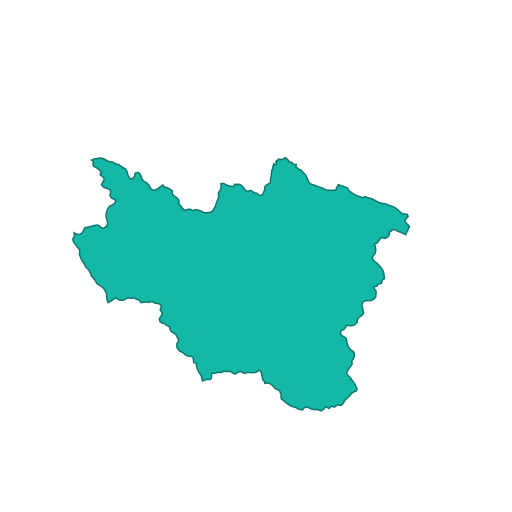 Hulu Terengganu, Terengganu, Malaysia, rotated 326°
{"feature_id": "92858781B28434348300239", "entity_name": "Hulu Terengganu", "entity_type": "district", "adm_level": 2, "iso_a3": "MYS", "parent_name": "Malaysia", "parent_adm1": "Terengganu", "projection": "natural_earth1", "projection_center": [102.769, 5.077], "detail": "fine", "context": "isolated", "style": "filled", "palette": "teal", "viewbox_px": 512, "rotation_deg": 326, "n_neighbors": 0, "source": "geoboundaries", "source_scale": "gbopen_adm2", "svg_char_len": 5388}
<svg xmlns="http://www.w3.org/2000/svg" viewBox="0 0 512 512"><g transform="rotate(326 256 256)"><path d="M109.2,162.5L109.2,167.3L108.8,169.3L109.0,171.3L109.6,173.9L109.2,176.9L108.4,181.0L109.0,184.2L109.0,187.4L108.6,189.6L110.3,193.8L111.5,196.7L111.5,200.1L111.1,203.5L109.6,206.0L108.1,208.9L107.3,211.9L110.9,212.3L114.5,212.1L116.6,212.8L118.3,216.5L121.1,218.5L123.4,218.7L126.2,219.0L128.5,220.9L131.0,222.4L134.6,227.5L134.6,230.4L139.1,232.6L141.0,234.4L143.7,235.3L144.8,236.3L146.1,239.0L148.8,241.2L149.9,243.7L148.4,245.6L146.5,247.1L146.5,250.3L145.2,252.0L143.1,253.0L140.8,253.9L139.7,256.9L140.6,259.1L142.5,261.0L143.1,263.7L144.8,265.9L143.7,268.4L143.5,271.3L145.7,276.4L145.0,281.6L144.0,283.5L141.6,284.3L139.3,287.5L139.5,292.1L141.4,295.3L142.3,298.9L144.0,301.4L146.3,303.1L147.1,305.1L144.8,309.5L146.5,311.4L146.9,311.7L145.6,313.2L144.8,314.8L144.0,317.8L143.7,321.2L143.7,323.0L143.6,325.3L142.3,327.5L141.8,329.7L146.3,330.9L147.9,332.0L149.2,332.8L151.0,332.0L153.2,328.9L154.3,328.8L155.9,330.0L157.8,330.9L159.7,331.1L160.9,332.5L162.8,333.3L164.9,333.5L166.2,334.7L168.4,336.1L170.4,337.8L171.1,339.4L172.2,341.8L173.9,342.4L176.8,342.5L178.6,343.0L179.6,344.7L180.6,346.6L182.1,347.4L183.8,347.7L187.4,350.4L189.4,351.8L190.9,352.4L192.9,352.4L194.6,352.2L195.2,354.4L195.2,356.3L194.2,357.7L193.3,360.7L192.4,362.0L192.5,363.5L192.8,365.1L192.1,366.5L193.6,367.3L195.1,368.1L196.3,369.8L197.1,372.0L197.4,373.4L197.8,376.8L199.0,378.6L200.0,380.0L200.1,381.4L199.7,382.9L199.5,385.0L197.8,386.9L197.1,388.7L197.3,389.3L198.6,393.4L199.9,397.3L201.4,400.5L204.2,403.7L205.6,406.6L208.2,409.6L211.6,408.8L213.9,409.6L216.2,413.7L218.8,416.2L221.1,417.6L223.4,420.8L226.8,420.8L229.2,419.8L231.5,423.3L234.3,422.5L236.6,425.2L239.4,425.0L240.6,425.2L242.7,427.4L246.3,426.9L248.0,425.7L250.8,425.0L255.9,424.2L258.4,423.3L262.3,423.5L263.7,424.0L265.1,423.0L265.4,422.8L266.3,417.6L266.3,414.7L266.1,410.3L265.6,406.4L265.4,403.9L267.3,402.5L271.6,400.8L275.4,399.3L276.5,396.8L279.2,395.6L281.5,394.1L283.5,390.5L282.0,386.6L281.8,382.9L282.6,379.2L283.7,377.3L284.7,374.8L283.7,371.9L282.4,369.9L282.8,367.0L285.4,365.3L287.5,366.2L291.1,364.8L293.0,364.5L296.0,367.2L299.1,368.2L302.5,367.7L305.1,365.0L307.2,364.3L310.0,364.5L313.3,363.6L314.8,359.6L316.7,355.5L319.1,353.8L322.5,354.7L326.3,357.2L329.9,357.7L332.6,356.7L335.8,352.5L335.8,349.4L335.8,347.4L339.8,348.6L340.7,347.6L344.7,348.6L347.5,346.4L349.8,346.7L351.9,342.5L353.0,339.6L353.2,335.9L352.3,329.8L351.1,326.4L351.1,322.4L353.8,321.2L356.6,320.2L358.7,318.0L360.4,314.4L360.8,312.2L364.0,312.9L368.7,311.2L370.2,310.7L372.9,313.6L375.9,313.9L378.0,313.1L380.1,310.9L382.9,310.7L384.8,310.9L386.3,312.4L387.5,314.9L389.2,317.3L392.0,322.0L399.8,317.3L399.0,313.1L399.2,309.7L401.5,309.0L404.3,308.2L404.6,306.5L404.7,306.0L402.4,304.1L400.5,301.9L399.4,297.0L397.7,292.3L394.7,288.7L393.0,285.7L389.0,281.8L387.5,279.9L384.1,273.3L381.2,270.1L379.5,267.6L377.4,267.6L372.9,261.8L371.2,258.3L369.7,254.4L369.7,250.5L364.2,242.9L361.0,244.6L358.9,246.1L355.1,243.7L353.0,241.9L351.1,240.7L349.4,237.3L347.0,234.4L344.7,230.9L342.6,228.2L341.5,226.8L341.1,224.1L341.7,221.2L342.2,218.5L342.4,216.0L342.0,214.3L341.6,211.5L341.3,209.8L340.5,208.6L339.9,207.7L339.5,206.2L338.8,204.5L339.7,203.8L340.6,202.6L339.0,201.6L338.0,200.8L338.2,199.4L338.1,198.7L338.0,198.2L336.6,197.4L336.2,196.6L336.3,194.9L336.1,193.7L335.8,192.3L335.6,191.1L334.5,190.7L333.9,191.0L332.2,190.9L330.4,189.8L329.5,189.0L328.8,188.2L328.2,188.6L327.3,188.9L326.5,188.4L326.3,189.1L325.3,188.9L325.0,189.8L324.8,190.7L323.9,190.9L323.4,191.3L322.7,191.0L322.2,189.7L321.7,191.0L321.0,191.1L320.8,190.7L317.8,193.8L317.4,193.4L308.5,203.5L305.7,203.1L303.8,203.1L301.7,203.8L300.6,205.5L297.6,207.7L295.7,208.9L292.3,207.5L292.1,204.8L290.2,203.1L289.0,200.4L288.1,198.4L284.9,197.7L283.7,194.7L283.9,192.3L283.4,189.6L282.4,187.4L278.6,184.7L276.4,185.9L274.1,184.2L272.4,182.3L270.9,180.1L269.7,177.6L267.3,176.4L265.8,179.3L263.7,181.3L260.5,182.3L257.6,186.7L255.7,187.9L252.5,190.1L250.6,191.8L247.0,193.5L245.5,194.5L242.3,194.2L237.4,191.3L236.0,188.9L234.7,186.7L233.4,185.2L231.5,183.7L229.0,183.0L227.5,180.3L225.4,179.1L222.6,178.6L221.8,175.7L221.5,172.0L221.3,169.8L223.0,167.1L223.2,164.7L221.3,159.0L221.3,157.8L223.0,155.1L222.2,152.9L220.7,149.7L218.4,147.8L218.6,145.1L215.2,145.1L212.0,145.3L208.6,144.8L206.5,142.4L206.5,139.7L206.9,136.8L205.9,133.4L204.8,131.1L204.4,128.9L205.4,125.5L205.7,122.3L204.6,120.6L202.0,119.7L199.7,122.3L197.0,122.8L194.6,121.6L195.1,117.0L196.3,114.0L196.5,110.9L194.8,107.7L193.4,103.3L191.5,101.8L190.4,99.1L188.5,96.9L186.6,95.0L185.1,92.3L184.2,90.3L182.1,87.9L178.7,86.4L176.6,85.2L173.5,84.6L174.3,85.7L172.8,87.9L171.5,90.6L173.2,94.0L174.3,96.7L174.5,99.9L172.2,101.6L173.6,105.7L172.6,107.9L170.0,109.1L167.7,110.6L168.1,114.0L170.5,117.0L172.2,119.9L170.9,122.1L168.8,124.1L168.6,127.2L170.5,130.2L170.3,132.6L166.9,133.4L162.2,132.9L158.8,134.3L157.1,135.8L155.2,137.3L153.3,140.4L151.6,145.8L148.6,147.8L145.2,148.0L143.5,145.6L142.3,141.9L139.3,140.4L135.7,139.2L129.6,136.8L127.2,138.5L124.7,139.7L121.5,139.5L119.2,137.3L118.2,135.1L116.2,138.5L114.1,139.0L113.4,140.0L112.6,142.2L112.6,144.4L112.8,147.3L113.2,150.5L113.0,152.7L111.8,154.6L110.5,155.8L109.8,158.8L109.2,162.5Z" fill="#14b8a6" stroke="#0f766e" stroke-width="1.5"/></g></svg>